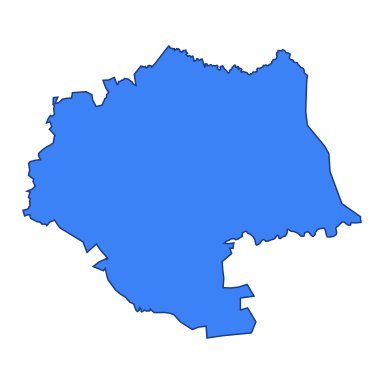 outline of Mopani, Limpopo, South Africa
{"feature_id": "47623444B84816538378710", "entity_name": "Mopani", "entity_type": "district", "adm_level": 2, "iso_a3": "ZAF", "parent_name": "South Africa", "parent_adm1": "Limpopo", "projection": "robinson", "projection_center": [30.66, -23.827], "detail": "fine", "context": "isolated", "style": "filled", "palette": "blue", "viewbox_px": 384, "rotation_deg": 0, "n_neighbors": 0, "source": "geoboundaries", "source_scale": "gbopen_adm2", "svg_char_len": 5790}
<svg xmlns="http://www.w3.org/2000/svg" viewBox="0 0 384 384"><path d="M108.3,280.2L115.5,289.9L120.0,293.8L125.6,297.3L129.8,302.1L133.6,303.9L136.1,310.4L137.4,311.5L139.1,310.3L139.3,309.8L139.4,308.0L139.8,307.5L141.0,309.9L141.3,311.6L141.5,311.9L142.5,311.5L144.5,310.0L145.3,310.6L146.8,311.1L149.5,310.9L150.1,310.6L150.3,310.1L150.3,309.1L154.2,312.6L164.5,312.5L168.6,313.0L173.7,314.4L180.4,321.9L192.4,329.5L198.6,327.1L206.1,326.2L207.0,338.0L222.7,335.7L251.4,332.9L255.9,321.9L247.6,307.9L240.4,310.0L240.4,298.0L254.0,296.1L247.1,284.4L239.1,287.0L230.8,288.0L223.1,287.7L223.8,278.0L222.8,270.3L222.1,261.6L231.6,253.6L229.8,248.1L232.9,248.5L233.9,242.9L228.1,243.7L224.3,243.1L224.9,242.8L225.8,241.6L229.5,240.0L230.7,239.1L233.9,238.6L234.5,238.8L235.3,239.5L236.1,239.7L238.3,238.9L240.9,237.0L242.1,236.8L242.2,236.3L242.3,234.0L243.0,232.5L245.1,231.5L246.0,231.4L246.6,231.7L248.1,233.4L250.4,234.2L252.9,236.6L254.6,239.2L254.9,239.9L255.8,244.3L256.6,245.0L257.8,244.7L259.6,243.6L262.6,239.8L263.1,239.6L264.0,239.7L265.9,241.2L267.2,241.4L272.0,239.5L273.7,239.2L274.6,238.7L276.9,235.5L277.6,235.3L278.1,235.5L278.7,237.5L279.1,238.2L279.6,238.5L280.2,238.5L283.7,236.3L285.1,236.0L285.6,235.5L286.4,234.5L287.1,232.8L287.2,229.5L288.3,229.3L290.8,231.2L294.0,231.5L297.9,233.3L298.7,233.8L300.5,235.9L301.9,236.4L303.3,236.2L304.1,235.9L304.5,233.6L305.1,232.6L307.2,231.9L308.4,231.8L309.3,232.6L310.4,234.5L311.5,235.6L312.8,236.3L313.4,236.3L315.1,234.6L315.3,232.4L317.2,229.9L319.1,228.9L322.4,228.2L323.6,228.1L324.7,228.7L325.1,229.5L326.1,233.7L327.0,236.4L327.6,236.9L330.6,237.0L333.4,236.4L335.6,235.0L336.3,234.3L336.6,233.0L336.5,231.6L335.9,229.0L335.9,228.2L336.2,227.6L336.5,227.1L338.1,226.1L339.0,225.0L342.0,222.2L343.1,221.8L344.1,222.0L344.9,222.8L345.6,223.2L346.1,223.9L347.2,224.3L347.8,224.9L349.1,225.3L350.4,225.1L350.7,224.7L350.6,223.7L351.2,222.7L355.8,222.9L361.0,222.4L360.5,219.2L360.5,216.7L341.9,203.7L330.0,171.6L328.9,153.8L324.8,146.4L307.4,125.3L305.7,111.4L306.6,84.1L307.1,76.8L307.4,76.3L307.5,75.4L306.7,75.0L304.3,72.8L304.2,70.6L303.5,68.8L303.0,68.3L300.6,67.2L298.8,65.0L298.0,64.6L297.4,62.8L296.8,62.6L295.7,62.6L293.7,61.9L293.4,61.7L293.2,60.4L292.4,59.8L290.6,59.7L290.0,59.0L289.3,57.7L290.1,54.5L290.0,53.9L288.3,53.0L285.8,52.5L285.0,51.1L283.6,50.0L282.6,49.7L281.3,50.8L278.5,50.5L278.1,50.6L277.9,51.1L278.0,52.3L277.9,52.6L276.7,52.8L276.7,53.8L276.4,54.9L276.6,55.3L276.9,55.4L277.2,56.0L276.6,57.6L276.5,58.6L275.0,59.4L273.2,59.6L272.7,60.8L271.8,61.8L271.6,63.4L270.0,64.4L269.3,64.4L268.3,65.8L266.6,65.4L265.9,64.9L264.4,65.7L263.6,65.3L263.2,65.6L263.0,66.8L260.6,68.1L259.6,68.3L257.5,68.3L256.8,69.7L257.2,70.6L256.8,71.5L254.9,72.1L253.2,72.0L251.3,74.2L250.7,73.8L249.9,74.6L248.7,74.7L248.2,74.4L246.9,72.5L245.2,72.3L243.5,71.5L241.2,72.2L241.0,71.3L241.8,69.7L241.7,69.4L241.0,68.8L240.0,68.4L239.1,68.7L238.5,69.3L238.2,68.5L238.7,67.5L238.3,67.3L238.1,66.6L237.8,66.5L236.8,67.4L235.9,67.3L235.4,66.8L235.7,66.0L234.9,65.0L234.0,65.6L233.1,66.9L232.2,67.3L231.9,68.7L231.2,69.2L231.0,70.0L229.9,70.0L229.5,70.4L229.5,71.1L229.7,71.6L229.0,72.9L228.5,73.2L228.2,72.6L227.5,72.5L226.5,70.6L224.3,69.0L224.3,68.3L223.4,67.6L223.1,66.3L222.7,65.9L221.5,66.5L221.0,66.3L220.7,66.7L220.0,67.1L220.6,69.3L219.9,70.1L218.0,69.2L217.3,67.7L217.8,67.1L217.9,66.4L217.3,65.5L216.4,65.4L214.9,65.9L213.6,65.6L212.6,66.0L211.3,64.9L210.6,64.7L208.7,65.7L208.4,65.7L208.0,65.4L207.4,65.7L207.5,65.0L207.0,64.2L206.6,63.8L205.5,63.9L205.1,64.2L205.2,66.0L204.6,66.8L202.1,59.0L201.1,59.4L200.7,59.3L199.5,60.5L198.2,59.7L197.9,58.9L197.0,58.6L196.6,58.9L196.7,59.6L196.0,60.3L195.6,60.7L194.6,60.7L194.3,61.2L194.0,61.2L193.7,60.9L193.8,59.8L193.4,57.7L193.1,57.0L193.1,56.4L192.8,56.1L191.5,56.6L191.0,56.5L190.7,56.9L190.0,55.8L189.1,55.5L188.6,56.1L187.8,56.2L186.0,54.7L186.0,54.4L186.7,53.6L187.2,53.7L187.6,53.2L185.9,51.7L185.8,50.2L183.8,50.6L183.4,50.4L182.7,51.6L182.0,51.7L181.8,52.2L181.5,52.3L180.0,51.2L179.6,49.7L179.1,49.3L178.7,49.4L178.5,48.9L177.8,49.2L177.2,48.7L176.7,48.7L176.6,49.3L175.4,49.6L175.2,50.1L174.5,50.5L174.1,49.6L174.3,48.7L173.1,48.9L172.2,48.4L170.3,48.0L169.9,47.6L169.6,46.5L168.6,46.0L155.9,62.5L151.8,67.2L151.1,65.9L150.7,65.6L149.9,65.7L149.2,65.4L149.1,65.8L148.0,65.9L147.9,67.2L147.5,67.5L146.9,67.4L146.3,67.8L145.7,67.5L145.5,66.5L143.6,67.0L142.8,66.3L142.4,66.7L141.4,66.9L141.3,66.7L141.5,66.6L141.0,66.0L134.2,74.4L136.0,85.3L133.2,84.0L132.1,81.9L130.5,81.0L128.4,79.3L126.1,78.6L124.6,78.5L122.7,80.3L122.0,80.1L121.3,80.4L120.4,81.3L118.5,81.5L118.1,84.4L117.7,84.6L116.9,84.4L114.4,77.4L108.6,80.0L103.0,80.3L105.3,86.6L107.2,90.2L108.7,92.0L107.9,93.4L106.7,94.6L106.5,95.8L106.6,97.6L105.0,98.5L104.7,98.8L104.1,100.8L103.1,102.4L102.9,104.0L101.9,105.1L96.2,106.6L92.7,100.1L91.9,94.8L86.2,91.7L72.4,92.7L71.6,98.1L67.0,98.3L62.3,99.2L59.1,102.4L55.0,103.6L57.8,97.2L53.4,97.6L53.1,104.6L54.4,106.0L53.7,108.6L54.4,114.4L52.3,116.4L50.4,115.5L48.2,118.7L46.7,122.9L50.2,121.7L51.7,126.8L49.4,129.1L55.1,135.6L54.3,136.7L53.3,142.9L49.7,145.5L47.1,146.5L42.2,150.1L38.7,153.4L38.5,155.8L40.7,159.7L35.9,160.2L30.2,161.6L28.6,163.4L29.7,169.9L28.9,173.2L28.6,175.5L33.6,179.1L33.0,181.5L35.3,186.3L31.8,189.3L27.1,191.2L30.1,192.1L28.4,197.4L30.3,198.9L29.5,201.0L30.0,203.2L29.8,203.8L30.1,205.6L28.9,207.0L28.9,207.7L28.1,208.8L26.6,209.5L25.7,209.5L23.0,210.3L24.6,216.0L27.0,215.1L29.8,214.6L30.3,217.3L30.8,218.4L37.2,221.8L39.7,221.9L42.0,224.1L45.8,224.3L46.9,225.6L49.7,222.2L54.5,220.1L59.7,227.7L83.2,242.0L87.0,252.4L96.4,244.0L100.8,250.5L107.5,258.0L107.1,258.1L107.6,258.9L106.4,259.5L105.9,258.8L98.8,262.1L93.2,266.6L103.5,270.7L105.2,268.4L107.3,277.3L108.3,280.2Z" fill="#3b82f6" stroke="#1e3a8a" stroke-width="1.5"/></svg>